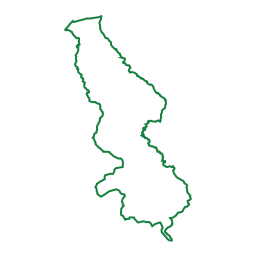 the district of Cugir, Alba, Romania
{"feature_id": "2599482B86964812869554", "entity_name": "Cugir", "entity_type": "district", "adm_level": 2, "iso_a3": "ROU", "parent_name": "Romania", "parent_adm1": "Alba", "projection": "natural_earth1", "projection_center": [23.412, 45.734], "detail": "fine", "context": "isolated", "style": "outline", "palette": "green", "viewbox_px": 256, "rotation_deg": 0, "n_neighbors": 0, "source": "geoboundaries", "source_scale": "gbopen_adm2", "svg_char_len": 5791}
<svg xmlns="http://www.w3.org/2000/svg" viewBox="0 0 256 256"><path d="M125.6,219.5L125.8,218.9L128.9,219.0L129.6,217.4L134.0,217.5L134.4,218.8L135.4,219.6L136.6,221.2L138.1,222.5L143.3,221.3L147.0,222.2L149.1,222.0L150.7,223.3L152.2,226.2L155.1,224.0L160.1,222.4L160.6,222.9L162.0,225.9L162.6,227.7L162.5,228.5L161.7,229.3L161.5,229.8L161.7,231.6L162.0,232.6L163.8,234.3L165.6,236.8L166.6,237.7L167.0,238.5L167.7,239.2L169.2,240.3L171.7,240.6L171.6,238.8L170.2,237.4L169.7,236.0L169.0,235.3L166.7,234.1L166.5,233.0L165.2,232.2L164.9,231.3L165.5,230.0L167.5,227.7L170.1,226.5L172.1,224.9L171.8,224.1L172.4,223.3L172.2,222.2L172.2,221.3L171.5,219.5L170.2,218.1L172.6,217.7L173.6,217.3L174.4,216.4L175.8,215.7L177.9,212.8L181.9,211.9L182.8,210.9L183.7,208.9L185.1,206.9L187.1,206.6L187.5,206.0L188.3,205.6L189.1,204.8L189.1,204.2L188.0,202.9L187.7,200.8L189.6,200.0L190.6,199.2L190.8,198.3L189.9,196.9L190.3,195.7L187.4,192.4L187.4,191.3L187.0,190.2L187.1,189.2L186.5,187.4L187.2,185.7L186.4,184.4L185.3,183.9L184.2,183.0L184.0,181.8L183.1,180.9L177.9,178.0L176.6,177.1L176.1,176.6L175.6,175.4L174.2,173.9L173.7,172.8L173.2,170.3L174.0,169.6L174.6,168.3L174.1,167.6L173.6,167.4L173.2,166.3L172.3,167.0L171.6,167.1L171.0,166.5L169.9,166.3L167.3,167.0L166.3,166.9L165.6,166.3L164.8,166.0L163.6,165.2L163.6,164.8L163.1,164.3L163.3,162.9L163.9,162.3L165.0,162.4L165.2,162.1L164.9,161.0L164.7,161.0L163.6,161.3L162.5,160.6L162.0,160.7L162.1,160.0L162.5,159.7L162.9,158.8L162.7,158.2L163.1,157.9L163.2,157.4L162.4,156.3L162.7,155.2L162.6,154.5L161.6,153.4L160.5,153.6L160.0,153.1L160.0,152.3L159.2,151.5L158.7,151.5L157.9,151.9L157.5,151.7L157.0,150.7L157.3,149.7L156.9,149.1L156.1,148.5L156.2,147.7L155.8,147.3L153.9,147.3L153.4,146.5L150.7,146.2L149.2,145.5L149.0,145.2L149.2,144.4L148.2,143.7L148.2,143.2L149.3,142.1L149.7,141.1L149.1,139.7L147.9,139.7L147.4,138.5L146.9,138.2L145.2,138.0L145.2,137.4L145.0,137.2L144.6,137.3L144.2,136.9L144.1,136.0L143.9,135.9L143.3,136.4L142.5,136.4L142.2,135.5L141.7,135.3L142.5,134.6L142.2,134.0L142.3,133.8L143.0,133.7L142.3,133.1L142.0,132.5L142.2,132.2L143.0,131.8L143.2,131.5L143.0,130.5L145.0,129.9L144.8,129.1L143.3,128.5L143.2,128.2L143.4,127.9L144.0,128.0L145.3,128.4L145.9,127.3L145.6,126.7L146.6,126.4L146.4,124.6L145.9,124.3L146.7,124.1L147.1,123.5L148.5,122.7L148.0,121.8L148.1,121.3L148.6,121.0L149.3,121.2L150.8,120.7L151.8,121.2L156.0,121.7L157.0,120.8L158.2,120.5L158.5,120.9L160.1,121.7L160.7,120.1L160.5,119.5L161.2,116.8L160.9,115.5L161.1,114.1L161.9,112.5L161.8,111.8L162.1,110.5L162.4,110.0L164.6,108.4L165.1,107.2L165.3,106.1L165.3,105.1L165.8,104.4L166.0,103.7L165.7,101.4L165.3,100.7L165.7,100.3L165.2,100.1L165.1,99.2L164.5,98.8L164.0,98.0L162.2,97.2L161.7,96.5L161.0,96.5L160.1,95.6L160.0,94.8L159.5,94.6L159.2,94.2L158.4,93.6L158.2,93.0L157.6,92.9L157.1,93.3L156.5,93.0L155.1,91.2L154.6,90.0L153.8,88.8L153.5,87.9L153.4,86.7L151.8,84.9L151.4,84.6L149.8,84.8L147.4,83.3L147.0,82.7L147.2,82.0L146.7,81.3L145.8,81.1L144.4,80.3L143.1,78.8L141.5,78.7L141.3,78.6L141.5,78.2L141.3,77.9L139.7,77.4L138.7,76.3L137.4,76.2L137.1,75.9L137.3,75.1L136.5,73.9L135.7,73.7L134.9,72.9L132.1,72.0L130.1,72.5L129.8,72.4L129.6,71.7L129.2,71.5L128.8,70.5L129.1,69.6L130.4,67.6L129.5,66.5L129.7,66.0L129.1,65.5L128.3,65.2L127.5,65.4L125.7,64.6L125.5,64.3L125.4,63.4L123.4,62.6L123.2,62.8L122.9,62.4L124.3,61.0L124.8,59.9L125.0,58.9L124.6,58.4L121.2,57.5L121.5,57.4L121.3,56.5L120.1,55.0L120.0,54.0L119.6,54.0L119.4,53.5L118.2,52.7L116.5,50.5L116.6,49.5L116.1,49.0L115.1,49.3L111.7,45.9L110.9,44.1L111.1,43.1L110.8,42.0L109.5,41.1L108.7,40.1L108.3,39.2L107.6,38.5L105.4,37.8L103.2,33.5L102.2,33.0L101.4,31.7L100.1,28.5L100.2,26.8L99.9,24.4L99.4,23.3L99.7,21.7L101.0,19.1L101.0,17.4L101.6,15.4L100.5,16.9L89.1,18.6L87.7,18.3L73.5,22.1L72.8,21.1L70.3,23.5L68.0,26.6L65.2,29.7L66.0,30.3L67.7,30.0L68.7,30.2L70.5,31.1L71.5,32.1L72.0,32.1L72.8,34.1L77.0,38.8L76.7,37.8L78.9,38.2L79.1,40.0L78.7,41.4L79.5,44.3L79.4,44.8L78.9,44.7L78.2,45.2L77.7,45.0L77.6,45.3L77.9,45.4L77.8,45.6L76.7,46.4L77.2,47.4L78.3,47.4L78.1,48.0L78.3,48.9L78.2,50.5L77.1,53.2L76.4,53.9L76.1,54.7L75.6,55.5L76.0,56.0L76.3,56.6L75.9,58.7L76.2,60.5L76.6,61.1L75.1,63.9L75.1,64.9L76.0,66.4L77.3,67.1L77.7,67.8L77.0,68.8L77.7,69.4L78.3,69.5L78.0,70.4L78.4,72.3L80.4,74.1L81.3,74.5L81.2,74.6L81.5,74.9L81.5,76.0L81.0,76.7L81.8,77.9L82.7,78.1L82.7,78.7L83.2,79.0L83.1,79.6L83.4,80.1L82.7,81.3L84.8,82.6L84.3,83.2L84.6,83.9L84.0,85.2L84.6,87.5L86.2,88.5L86.5,89.3L87.1,89.9L87.9,90.1L88.2,90.7L89.0,91.2L89.2,91.6L88.7,92.7L87.6,92.6L87.0,92.9L86.7,94.5L87.7,95.8L87.8,96.3L88.6,97.8L89.1,98.0L89.4,98.5L89.5,99.0L89.3,100.8L91.1,101.8L93.3,102.2L95.4,102.0L95.9,102.6L97.0,103.2L99.1,104.1L99.2,103.9L100.2,105.0L100.4,107.2L100.1,108.5L100.2,109.0L101.4,110.2L101.8,111.4L102.8,112.2L102.7,113.0L103.0,113.9L102.4,116.1L100.8,117.3L100.4,117.7L100.4,118.2L99.8,118.6L100.0,119.8L99.7,120.4L99.6,121.6L98.7,122.8L98.2,124.1L97.4,125.2L97.3,126.4L96.9,127.2L97.1,128.4L97.0,129.0L97.1,130.3L96.3,131.7L96.4,132.7L94.8,133.6L94.0,134.7L93.9,136.6L92.7,137.7L94.1,139.4L95.1,142.0L95.6,142.5L95.5,144.1L98.9,147.7L100.3,148.4L101.4,149.7L102.6,150.5L103.3,151.8L106.6,151.7L109.5,152.2L110.0,153.0L114.2,156.6L118.8,158.6L120.8,158.4L122.5,160.4L122.9,161.7L122.7,167.0L116.1,168.1L115.0,168.9L114.4,169.9L114.4,170.9L113.6,172.9L112.8,173.9L109.7,173.8L107.1,174.8L105.5,175.0L104.9,176.0L104.6,177.5L104.7,179.2L100.7,181.3L96.8,183.9L96.5,185.4L95.4,187.0L96.4,188.4L96.8,191.3L97.5,193.2L97.4,194.0L100.8,196.6L104.2,194.9L109.2,191.3L116.3,189.3L119.4,190.8L120.5,193.0L121.4,193.8L124.3,194.5L124.9,195.9L122.5,199.0L121.9,201.6L122.8,203.5L122.7,204.9L123.7,205.5L121.3,208.8L121.0,212.8L121.3,215.1L123.0,215.9L125.2,219.7L125.6,219.5Z" fill="none" stroke="#15803d" stroke-width="2"/></svg>